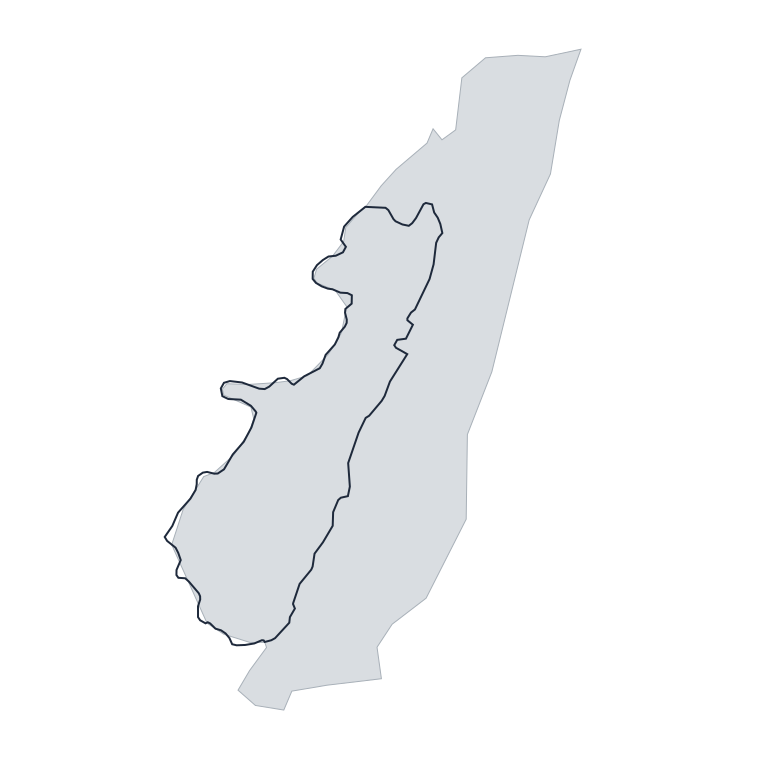 where Beqaa sits in Lebanon, rotated 173°
{"feature_id": "LBN-3022", "entity_name": "Beqaa", "entity_type": "Province", "adm_level": 1, "iso_a3": "LBN", "parent_name": "Lebanon", "parent_adm1": "", "projection": "natural_earth1", "projection_center": [36.105, 33.959], "detail": "medium", "context": "in_parent", "style": "outline", "palette": "slate", "viewbox_px": 768, "rotation_deg": 173, "n_neighbors": 0, "source": "natural_earth", "source_scale": "10m", "svg_char_len": 2765}
<svg xmlns="http://www.w3.org/2000/svg" viewBox="0 0 768 768"><g transform="rotate(173 384 384)"><path d="M422.5,91.8L477.5,92.0L512.9,90.4L523.2,72.6L550.8,80.6L566.2,97.9L552.3,116.0L532.7,136.8L533.8,142.1L548.5,143.8L573.4,155.1L588.8,168.2L614.3,250.3L598.6,284.0L574.2,314.1L563.2,316.8L541.8,331.8L523.8,352.3L517.5,365.2L518.9,377.3L544.3,392.5L545.1,398.6L539.9,403.4L519.3,400.1L492.8,398.6L477.1,398.6L458.9,401.6L435.8,420.2L425.5,432.3L419.9,440.2L411.6,465.4L420.9,482.7L438.2,492.4L440.7,497.5L436.9,506.2L419.6,517.1L406.6,530.4L402.9,544.0L388.4,557.0L379.5,563.3L362.6,581.1L345.8,595.6L311.9,617.9L304.2,631.3L296.7,619.3L281.9,627.5L269.4,678.4L243.5,695.4L211.1,693.9L184.0,689.1L147.7,692.3L162.5,662.7L177.9,624.2L193.2,572.2L219.9,529.2L275.5,382.9L307.4,323.7L318.9,239.8L368.3,166.3L405.2,144.6L423.0,123.6L422.5,91.8Z" fill="#d9dde1" stroke="#a8b0b8" stroke-width="1"/><path d="M394.6,553.7L380.9,562.1L361.0,558.7L358.5,556.1L354.5,546.5L352.7,544.1L346.3,540.1L340.1,538.0L336.4,540.2L332.0,544.8L322.9,557.6L320.4,558.6L314.4,556.4L313.3,548.1L310.4,542.5L308.6,536.0L307.7,526.7L311.8,522.9L315.0,517.8L320.2,496.7L326.0,482.6L344.2,454.2L348.5,451.6L352.8,446.3L353.0,444.4L348.1,439.3L356.7,426.3L365.5,426.2L369.1,421.3L367.7,418.5L357.3,410.8L377.8,385.7L384.8,372.1L388.3,367.6L402.6,354.3L406.3,352.6L415.1,338.9L429.2,309.9L430.4,286.3L433.5,277.1L440.7,276.4L443.6,274.4L450.1,263.0L452.2,249.5L463.9,234.3L473.6,224.1L477.1,211.5L478.8,208.6L492.1,195.9L500.8,177.7L501.1,176.7L499.8,172.0L505.8,164.1L507.1,158.6L523.1,145.0L527.1,143.4L533.8,142.5L534.7,144.2L536.4,144.6L544.3,142.3L553.5,141.9L562.1,142.6L566.4,144.2L568.4,150.7L571.6,155.7L575.8,159.4L581.1,161.7L585.7,167.5L588.0,169.0L590.3,168.2L595.3,171.9L597.0,175.3L595.7,186.0L592.7,192.5L592.4,195.7L593.3,198.8L601.7,211.6L605.0,215.4L611.7,216.7L613.3,219.7L612.6,224.7L607.2,234.0L608.8,241.4L610.8,246.9L618.4,254.7L620.3,258.9L611.4,268.9L604.1,281.4L590.1,293.8L583.9,301.8L582.1,307.3L581.5,311.8L579.7,315.4L574.6,318.1L570.3,318.3L563.5,315.7L559.9,315.4L553.2,318.8L542.7,332.5L530.2,343.8L520.9,357.0L514.2,371.0L514.7,372.4L518.7,378.5L528.0,385.9L540.4,388.1L545.9,391.6L546.5,399.5L542.7,404.7L536.6,405.7L524.7,402.8L508.5,394.6L503.0,393.5L498.2,395.4L488.7,402.2L482.1,402.3L479.6,400.7L475.6,395.5L473.5,394.3L462.2,401.4L445.8,407.5L442.6,411.7L438.4,420.0L428.0,429.2L423.6,435.9L421.7,440.3L415.9,445.7L413.6,449.2L413.1,452.5L414.0,459.5L413.2,463.2L406.3,467.7L405.1,476.0L409.2,478.7L416.2,480.0L423.6,484.3L428.1,485.5L433.9,488.5L439.2,492.6L442.0,497.0L441.0,504.2L436.1,510.1L429.6,514.5L423.6,517.3L416.2,517.2L408.7,519.7L405.1,524.8L409.4,532.7L404.4,545.1L394.6,553.7Z" fill="none" stroke="#1e293b" stroke-width="2"/></g></svg>